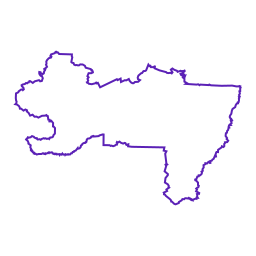 the district of Cam My, Đồng Nai, Vietnam
{"feature_id": "81297802B33413589576034", "entity_name": "Cam My", "entity_type": "district", "adm_level": 2, "iso_a3": "VNM", "parent_name": "Vietnam", "parent_adm1": "Đồng Nai", "projection": "mercator", "projection_center": [107.218, 10.784], "detail": "fine", "context": "isolated", "style": "outline", "palette": "violet", "viewbox_px": 256, "rotation_deg": 0, "n_neighbors": 0, "source": "geoboundaries", "source_scale": "gbopen_adm2", "svg_char_len": 5691}
<svg xmlns="http://www.w3.org/2000/svg" viewBox="0 0 256 256"><path d="M71.9,54.4L59.1,54.0L58.0,52.5L56.6,52.5L56.7,52.0L56.1,51.7L55.4,52.1L54.7,53.2L51.1,54.4L50.4,55.9L51.4,56.5L51.1,57.5L48.8,58.2L47.1,60.0L46.3,61.5L46.5,63.8L46.0,64.7L47.0,66.8L45.7,68.0L45.3,69.3L44.6,68.7L44.2,69.0L44.9,70.3L44.1,71.5L43.8,73.4L42.4,74.3L42.0,73.7L40.8,73.7L40.8,73.0L40.2,72.7L40.3,72.2L39.3,72.0L39.2,73.1L39.6,74.4L40.7,75.8L42.0,76.3L42.8,78.2L41.8,81.0L40.1,81.3L39.4,80.3L38.9,80.2L34.8,81.3L32.8,82.9L30.1,81.1L29.4,81.1L28.8,82.4L27.7,82.6L27.1,83.3L26.0,83.0L24.9,84.0L22.7,84.5L21.6,85.2L21.8,86.1L23.4,87.7L23.8,89.3L22.9,90.1L22.5,89.5L21.2,89.5L18.7,91.3L18.3,92.3L16.0,93.4L15.8,98.1L16.1,100.6L16.6,101.5L16.3,103.3L15.4,104.2L16.9,104.5L18.9,106.0L19.7,107.4L19.9,108.7L21.2,108.7L23.5,110.6L25.4,109.5L27.0,110.3L26.8,111.4L28.6,112.9L30.1,115.6L32.6,114.7L34.5,116.7L36.5,116.6L38.4,117.6L42.0,115.8L45.1,115.6L46.4,115.1L46.6,115.8L47.8,116.1L48.3,119.6L49.6,119.8L49.4,121.4L50.1,121.5L51.3,120.8L53.1,123.0L53.0,126.4L53.6,126.5L55.0,128.1L54.9,133.6L53.5,135.1L53.0,136.7L51.9,137.4L50.2,137.5L49.2,139.0L48.7,138.5L46.8,138.9L45.6,138.3L44.7,138.6L43.8,138.2L41.6,139.0L40.7,139.8L39.7,139.2L37.7,139.5L37.2,139.2L36.8,138.1L35.6,138.2L34.2,137.4L33.9,136.8L32.0,136.1L30.6,137.3L28.9,137.6L27.9,137.3L27.6,138.3L26.8,138.5L26.1,139.5L27.7,140.9L28.5,142.7L28.4,143.6L30.7,145.3L30.3,147.4L31.6,149.8L30.9,149.9L30.9,150.4L31.6,150.6L31.9,151.3L32.6,151.3L32.9,152.3L34.0,152.6L33.9,153.3L34.6,153.3L34.7,153.9L35.9,153.9L36.7,154.5L38.6,154.0L41.4,154.0L43.0,153.2L44.0,153.9L45.2,154.1L45.4,153.3L46.6,153.6L48.1,152.7L48.8,153.1L49.2,152.3L50.0,152.7L51.9,152.3L52.6,152.8L52.7,153.5L54.1,154.1L54.7,154.2L55.1,153.6L55.7,154.0L56.5,153.8L56.7,154.4L59.3,154.1L59.7,155.0L60.3,154.2L61.5,154.4L62.1,153.8L62.2,154.4L62.8,154.0L63.9,154.7L65.2,154.3L65.3,154.7L65.6,154.3L66.4,154.7L67.3,154.3L68.0,154.7L68.4,154.4L68.8,154.9L68.7,154.4L70.0,154.5L71.0,153.3L71.9,153.3L72.7,152.0L73.8,151.9L74.1,151.1L75.7,150.6L77.6,148.2L77.7,148.8L79.6,148.3L80.7,147.0L80.9,145.6L82.1,144.7L82.4,143.9L83.6,143.1L85.3,142.9L86.0,142.3L85.7,142.0L86.7,140.9L86.8,139.5L87.8,138.6L89.5,138.4L91.0,137.5L91.2,136.7L92.4,136.2L92.8,136.6L93.6,136.5L93.7,136.1L94.6,136.5L98.7,136.1L99.5,135.4L102.8,134.4L103.6,134.5L103.5,145.1L109.6,145.2L110.6,145.9L111.5,145.6L113.1,146.2L114.9,145.6L115.8,144.7L116.9,144.7L117.4,143.0L116.8,142.5L117.0,142.0L117.8,142.5L119.5,141.6L120.8,142.7L123.1,143.6L124.6,142.9L125.4,143.1L126.4,144.9L128.3,144.3L128.1,146.3L131.9,146.8L164.4,147.4L163.7,150.6L166.4,151.3L165.2,153.7L166.4,163.6L167.2,164.5L166.4,164.9L165.1,163.9L166.2,166.0L164.6,171.3L167.9,174.1L167.8,175.2L165.5,178.0L164.9,182.5L167.8,184.3L168.8,186.0L168.5,187.1L169.1,187.6L166.4,189.5L167.1,191.0L163.8,192.6L164.1,193.1L164.0,194.3L165.0,194.6L165.9,195.9L169.8,199.0L170.8,200.0L171.2,201.5L171.8,201.5L174.3,203.9L175.6,204.3L178.8,203.0L178.9,202.0L181.7,200.3L182.4,199.1L184.2,199.2L184.7,198.5L185.7,198.2L187.9,198.5L188.7,197.9L189.2,198.6L189.8,198.3L191.1,199.0L190.7,199.6L191.1,199.9L191.6,200.1L191.9,199.7L192.8,200.3L192.9,199.7L195.8,198.6L196.5,198.8L196.6,197.7L197.8,197.8L197.1,196.6L197.3,194.9L196.9,194.0L197.7,193.5L199.0,193.8L199.2,193.0L196.1,191.3L197.0,189.6L196.2,188.6L197.5,187.5L198.3,187.3L198.8,185.8L198.0,185.1L198.0,182.6L196.3,180.7L195.3,180.3L195.2,179.5L196.4,179.1L197.3,176.6L198.7,176.3L198.7,175.3L200.1,175.3L201.5,174.1L202.0,172.7L201.5,171.6L202.8,170.8L202.5,169.2L203.7,167.4L203.5,165.2L205.4,164.1L205.4,163.2L207.0,163.5L208.4,161.9L209.9,163.0L210.4,162.9L210.2,161.0L211.7,160.7L212.5,159.5L213.6,158.9L214.9,155.9L215.5,156.6L216.0,156.5L215.6,154.4L216.2,152.4L216.6,152.0L218.0,152.1L218.1,149.8L221.6,147.4L221.9,146.3L223.5,147.0L224.3,146.1L224.2,144.0L225.1,142.9L225.0,142.3L227.2,142.1L228.2,140.7L226.6,139.0L227.1,138.1L225.6,136.0L225.9,133.2L226.9,132.7L227.2,130.8L228.1,130.0L228.5,128.0L229.2,127.7L228.6,126.9L229.0,125.5L230.7,125.1L230.0,124.4L231.6,123.1L231.0,121.2L232.2,120.5L232.1,120.2L230.8,119.9L231.1,118.7L230.4,118.4L229.7,117.0L230.1,115.5L231.3,113.8L231.9,110.5L232.6,108.9L235.2,107.1L235.7,105.2L236.8,103.5L238.0,103.3L237.9,102.3L238.6,102.1L239.0,100.3L238.9,98.4L239.3,97.9L238.9,96.9L239.7,96.5L239.0,95.0L239.9,93.6L239.4,91.3L240.2,91.1L240.2,88.2L240.6,87.7L240.1,87.1L240.3,86.3L239.3,86.0L238.9,86.4L236.3,86.4L232.2,85.6L221.6,85.8L210.9,85.3L209.3,84.6L208.9,85.1L200.3,84.6L199.5,85.2L198.2,84.3L196.5,84.6L185.8,83.9L186.9,83.1L184.4,81.6L184.4,78.7L182.9,77.5L183.6,76.7L184.6,77.1L185.1,75.8L184.6,76.0L184.4,75.1L183.8,75.4L183.6,74.6L182.2,75.6L180.9,74.8L180.5,73.7L182.9,73.1L182.9,72.1L183.7,72.0L184.7,71.0L184.5,70.6L183.6,71.0L181.0,71.1L180.6,70.8L177.6,71.8L177.0,70.8L174.3,69.8L172.4,68.5L170.9,69.6L172.5,72.4L171.7,73.4L170.6,72.8L168.2,73.1L166.8,72.8L166.1,72.1L159.6,70.4L154.6,68.3L154.9,66.5L154.5,66.4L153.4,67.1L150.9,67.1L150.4,65.8L149.5,66.1L148.4,64.6L146.1,70.4L145.1,71.0L143.5,71.1L142.1,73.0L141.2,73.2L138.4,75.6L137.7,77.6L138.0,79.1L140.0,80.1L138.1,81.8L134.9,82.0L133.6,83.2L132.4,83.2L131.1,82.5L129.6,80.8L128.8,79.0L126.2,80.4L124.8,80.2L121.0,82.0L120.6,78.6L117.6,80.1L116.9,79.2L100.1,87.3L97.9,82.9L96.9,83.4L96.4,82.6L95.9,82.7L95.6,83.2L91.8,84.2L88.9,83.8L88.3,83.1L87.1,82.7L86.9,82.3L87.5,82.0L88.2,80.5L87.5,78.9L88.6,77.3L87.4,76.2L88.6,73.2L91.3,73.2L92.9,72.4L92.7,71.2L91.6,70.6L91.8,70.0L91.1,69.7L90.8,69.1L85.7,67.7L84.9,65.8L82.7,64.5L80.2,64.4L79.1,65.3L78.0,65.4L76.6,65.0L75.3,65.2L74.1,64.6L73.5,63.0L72.2,62.8L71.3,62.0L72.3,57.2L71.8,56.4L71.9,54.4Z" fill="none" stroke="#5b21b6" stroke-width="2"/></svg>